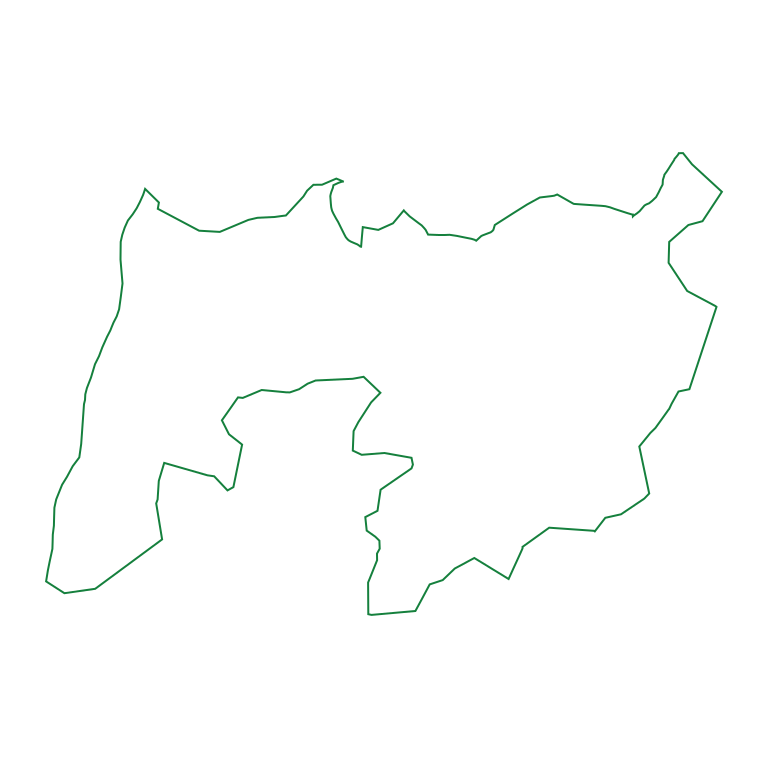 outline of Isiala-Ngwa South, Abia, Nigeria
{"feature_id": "59680162B80116312922204", "entity_name": "Isiala-Ngwa South", "entity_type": "district", "adm_level": 2, "iso_a3": "NGA", "parent_name": "Nigeria", "parent_adm1": "Abia", "projection": "robinson", "projection_center": [7.387, 5.279], "detail": "fine", "context": "isolated", "style": "outline", "palette": "green", "viewbox_px": 768, "rotation_deg": 0, "n_neighbors": 0, "source": "geoboundaries", "source_scale": "gbopen_adm2", "svg_char_len": 3066}
<svg xmlns="http://www.w3.org/2000/svg" viewBox="0 0 768 768"><path d="M64.4,593.2L95.2,588.8L152.9,546.2L162.1,539.4L156.2,503.4L157.6,499.5L158.8,480.9L164.2,462.9L207.4,475.3L214.2,476.3L215.4,477.6L215.8,478.0L227.5,490.4L233.4,487.1L242.1,444.6L229.0,434.3L221.9,420.3L229.8,409.1L238.0,397.4L242.8,397.9L261.7,390.0L285.0,392.2L285.8,392.3L289.8,392.4L299.1,389.2L307.6,383.7L315.6,380.5L352.6,378.8L363.6,376.8L380.4,392.8L371.1,402.4L358.3,422.2L353.6,431.1L352.8,450.6L361.7,454.8L384.4,453.0L411.5,457.8L412.9,464.6L411.5,468.4L380.6,489.7L377.5,510.8L365.3,517.1L366.7,530.6L375.3,536.7L379.4,540.7L379.7,548.7L377.0,553.6L377.1,560.2L369.6,578.9L368.1,582.5L368.3,614.2L371.5,614.9L415.4,611.0L421.3,600.1L429.7,584.4L442.7,580.1L454.8,568.5L474.3,558.0L508.6,579.0L513.1,569.1L518.8,556.7L522.2,549.2L522.6,548.0L522.5,546.9L549.2,527.7L593.9,530.8L594.8,531.4L605.3,517.8L621.0,514.3L644.3,498.6L649.2,493.5L639.3,446.5L640.2,445.4L650.3,433.0L655.4,428.0L662.1,418.7L668.8,409.3L669.1,409.1L671.6,403.8L678.5,391.5L689.4,389.2L716.5,306.9L715.5,306.1L687.2,291.0L668.6,262.8L669.2,241.9L688.4,225.0L702.5,221.2L721.9,191.8L692.0,164.3L683.0,153.1L678.8,153.2L678.2,154.5L676.6,156.5L674.5,158.9L674.2,159.9L670.9,165.0L668.2,169.3L666.6,171.7L664.4,174.7L664.2,175.8L662.9,179.8L662.6,184.6L660.7,188.1L658.7,192.3L656.1,197.1L652.1,200.9L649.1,203.3L646.4,204.4L644.5,205.5L639.6,211.2L636.9,213.4L633.7,215.6L632.9,216.4L632.8,214.5L632.1,214.5L627.4,213.1L614.4,208.9L610.0,207.3L605.5,206.2L601.3,205.8L585.0,204.7L576.6,204.1L575.2,204.0L573.9,203.9L573.2,203.6L557.2,194.5L554.2,195.7L551.5,196.1L539.8,197.5L527.1,204.5L513.4,213.1L494.8,225.0L493.4,229.8L492.4,231.0L490.7,232.3L488.3,233.2L482.8,235.3L481.3,236.0L476.2,240.7L474.7,239.8L471.4,238.8L466.3,237.8L456.9,235.9L449.6,234.8L444.7,235.0L438.9,235.0L428.1,234.6L425.6,229.8L424.0,227.9L421.7,225.4L418.7,223.2L409.7,216.4L404.4,211.2L403.8,210.4L393.0,223.3L378.3,229.9L362.8,227.1L361.9,237.1L361.1,246.7L360.4,246.6L359.3,245.7L357.4,244.4L353.8,242.9L350.6,241.5L348.5,240.2L347.3,239.0L345.8,237.2L344.3,234.4L341.1,228.0L338.1,221.9L336.0,218.4L333.4,213.6L332.1,210.8L331.6,209.0L331.2,207.2L330.8,203.1L330.3,196.1L330.7,194.1L331.3,192.0L332.9,187.8L333.4,185.2L338.4,182.9L342.1,181.6L343.7,181.7L339.0,179.7L336.3,178.6L322.1,184.7L313.4,184.8L307.1,190.7L303.4,196.5L285.9,215.5L283.3,215.8L274.5,217.0L257.4,217.8L248.4,219.9L219.8,231.9L199.1,230.7L157.8,208.8L158.9,202.5L145.1,188.9L143.9,192.6L143.1,194.9L139.9,202.0L136.7,208.2L132.7,214.3L127.9,220.5L124.7,227.6L122.3,234.7L120.7,241.8L120.6,249.8L120.5,259.6L121.8,275.1L122.5,283.3L122.5,283.6L121.7,289.8L120.8,296.9L119.1,309.3L116.7,316.4L113.5,322.6L111.6,327.2L110.3,330.5L107.1,336.7L102.3,347.4L99.0,356.2L95.0,364.2L91.0,377.5L86.9,388.1L85.3,394.3L85.0,400.0L84.0,404.1L81.2,443.9L79.3,457.4L72.7,466.2L67.0,476.8L62.1,484.7L56.2,499.4L54.4,507.7L54.1,517.7L53.9,525.7L52.8,534.6L52.6,542.7L52.4,548.9L49.7,561.4L47.9,570.3L46.1,581.4L64.4,593.2Z" fill="none" stroke="#15803d" stroke-width="2"/></svg>